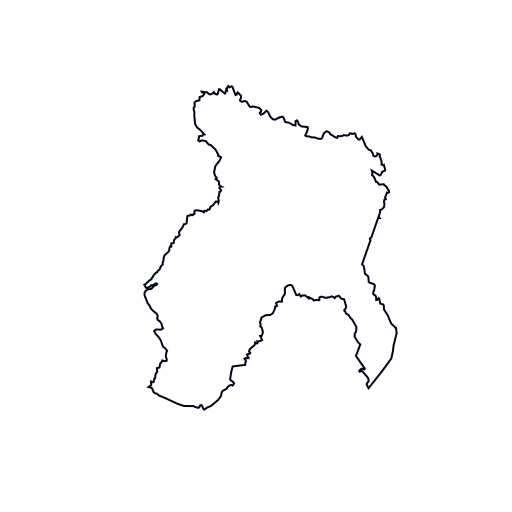 Teotlalco, Puebla, Mexico, rotated 331°
{"feature_id": "50627088B33545228853409", "entity_name": "Teotlalco", "entity_type": "district", "adm_level": 2, "iso_a3": "MEX", "parent_name": "Mexico", "parent_adm1": "Puebla", "projection": "equal_earth", "projection_center": [-98.836, 18.449], "detail": "fine", "context": "isolated", "style": "outline", "palette": "ink", "viewbox_px": 512, "rotation_deg": 331, "n_neighbors": 0, "source": "geoboundaries", "source_scale": "gbopen_adm2", "svg_char_len": 6129}
<svg xmlns="http://www.w3.org/2000/svg" viewBox="0 0 512 512"><g transform="rotate(331 256 256)"><path d="M317.4,96.5L316.8,95.7L314.4,95.6L314.2,93.9L311.1,95.3L311.4,96.0L311.0,97.0L310.8,96.5L309.8,96.8L308.0,98.9L307.4,98.8L305.1,92.5L304.6,92.2L300.8,95.9L300.2,95.9L298.7,94.2L298.7,92.2L296.8,92.8L294.2,92.5L293.4,91.6L292.4,88.8L290.9,88.1L288.1,85.8L288.0,86.2L289.6,88.7L288.8,89.5L286.7,90.3L283.8,89.6L282.0,92.4L278.4,91.5L276.5,92.0L275.0,95.4L273.3,96.2L272.2,98.4L272.1,99.7L269.8,104.0L266.7,111.2L266.8,115.2L268.2,118.2L269.8,124.6L268.6,124.2L267.4,124.9L266.0,124.1L264.1,123.7L263.4,125.0L261.5,126.9L262.2,128.5L264.7,128.6L268.1,131.6L267.9,132.4L268.8,135.8L270.1,136.8L272.2,143.3L272.1,149.1L271.4,149.8L273.3,152.7L270.8,154.7L264.0,157.7L259.8,162.6L259.1,166.2L259.5,168.7L258.0,169.1L259.6,172.6L259.5,173.6L258.3,175.5L258.4,176.7L259.6,178.7L258.1,178.1L256.9,178.7L257.4,181.7L255.6,182.5L255.0,182.3L253.0,185.2L251.3,186.5L249.9,190.1L248.8,191.2L249.0,189.9L247.2,188.9L243.2,190.7L239.7,191.0L239.0,192.0L237.5,192.8L236.4,192.0L234.6,192.7L233.5,191.7L232.5,191.6L232.2,192.4L231.5,192.6L230.2,190.3L225.9,186.9L223.7,186.9L222.7,189.3L221.0,189.1L220.7,189.6L219.9,189.4L218.9,188.1L217.5,188.5L215.9,187.7L215.2,187.9L211.3,193.5L210.0,193.9L208.2,193.3L206.2,195.0L200.2,197.7L199.3,200.8L195.9,201.4L195.0,200.5L194.2,201.5L191.9,202.4L190.6,204.6L190.0,204.7L188.4,203.9L187.7,204.4L186.4,206.7L185.5,206.0L184.0,207.2L182.7,209.2L180.7,210.1L176.2,211.1L173.7,213.6L172.8,215.3L171.4,216.2L170.4,218.2L167.9,218.8L165.2,221.0L162.4,221.6L161.7,222.3L160.6,222.1L158.3,222.8L156.0,223.8L155.5,224.5L154.2,224.7L153.3,225.7L150.4,225.7L149.0,226.4L147.8,226.3L146.7,227.0L144.4,226.9L144.4,230.3L145.4,231.2L149.2,231.3L150.4,230.8L151.0,231.5L155.3,231.4L156.0,232.4L155.2,233.0L152.4,232.7L148.5,234.0L144.9,232.7L142.6,233.0L140.5,234.3L139.4,236.7L138.4,245.1L138.9,248.1L138.6,250.9L139.6,254.6L141.0,257.9L141.2,259.9L140.5,261.6L139.5,262.3L139.0,264.1L140.2,266.4L140.5,269.4L139.7,272.2L139.7,274.2L137.3,274.4L132.9,271.8L130.6,272.2L130.4,275.1L131.6,280.3L131.8,283.8L130.7,290.3L131.9,292.7L132.3,295.8L130.6,297.1L128.4,300.1L127.8,303.4L127.0,304.3L125.0,303.7L123.4,301.9L122.1,303.0L120.1,303.6L117.5,306.7L114.9,306.1L113.5,309.3L111.1,310.5L108.3,314.1L107.3,314.2L105.3,316.6L104.5,316.3L103.3,314.9L101.7,318.1L98.5,318.5L100.7,320.6L101.0,321.8L100.4,325.2L101.1,326.9L102.6,328.6L103.7,331.3L107.5,335.9L115.5,347.0L120.3,352.3L128.7,357.0L129.5,358.6L132.1,360.9L133.0,360.8L134.9,359.6L136.0,359.9L136.2,361.2L135.8,364.2L136.3,365.3L139.3,364.9L144.0,365.3L152.8,363.6L157.1,361.7L160.5,358.2L161.6,357.8L165.9,357.9L166.9,357.1L169.8,356.4L171.7,356.7L172.8,358.0L174.7,357.0L175.2,356.5L174.7,354.5L173.6,352.6L173.7,351.1L178.3,345.2L182.1,341.3L193.8,346.0L194.8,344.3L196.0,343.5L196.4,341.6L196.2,340.2L197.2,340.2L200.0,341.8L200.3,341.4L200.0,339.8L200.4,337.8L203.5,338.4L204.1,337.9L203.6,336.3L204.5,335.1L206.4,334.2L211.7,333.2L213.4,331.2L214.4,333.0L215.5,332.7L215.8,331.2L217.7,332.2L220.6,332.5L220.9,328.0L222.1,328.6L224.2,327.0L225.3,325.6L226.3,321.2L225.6,319.6L226.8,318.2L227.4,315.8L229.7,314.0L230.8,312.5L235.8,312.5L240.0,314.5L242.9,314.2L247.1,311.3L248.3,309.5L250.1,309.9L250.8,306.8L253.9,306.9L256.4,308.5L258.6,305.4L262.8,303.2L265.8,298.0L266.4,297.6L270.0,297.3L272.2,298.0L273.3,299.7L272.3,309.7L273.7,310.5L275.4,310.3L275.5,313.1L277.5,313.1L279.8,314.2L281.4,318.1L281.7,317.2L282.0,317.3L284.7,321.3L284.9,322.9L287.4,323.6L289.7,325.3L290.2,325.1L291.3,323.0L293.6,323.3L296.9,326.6L299.1,327.1L300.3,327.8L302.6,328.0L303.6,329.1L304.4,331.0L305.9,330.2L309.2,330.9L310.0,334.9L312.1,336.5L310.4,343.9L308.8,345.5L307.0,346.1L306.7,346.6L307.2,348.5L306.8,349.9L308.3,352.3L308.5,355.5L309.3,358.4L309.4,366.6L307.9,369.3L306.6,370.8L304.9,371.6L303.1,374.4L303.4,381.0L304.3,384.0L295.0,391.8L296.5,407.2L295.7,407.7L293.9,405.9L293.0,405.8L291.0,406.2L290.4,406.9L290.7,407.5L292.6,407.6L293.1,408.4L294.8,416.3L294.8,417.7L293.9,420.1L291.3,421.1L290.4,422.1L290.4,426.2L310.1,418.0L324.7,411.2L329.7,405.5L333.0,400.9L341.5,391.8L343.6,386.7L342.9,385.9L343.0,385.1L341.5,380.9L342.0,375.1L342.5,372.6L342.0,364.9L343.8,361.2L343.7,360.0L341.6,357.9L343.1,352.8L342.9,352.3L340.7,353.1L339.8,352.8L340.9,350.6L341.3,348.5L340.1,346.5L340.3,345.5L341.8,343.7L342.7,343.3L345.6,339.5L345.7,338.5L344.9,337.0L342.8,334.9L342.0,333.4L344.1,328.9L344.0,327.5L342.7,324.4L345.1,318.1L345.3,316.8L344.7,314.7L363.9,297.6L363.8,296.2L364.1,295.9L366.0,295.6L381.4,281.8L382.6,282.7L382.5,280.8L386.0,277.7L386.8,275.9L388.6,276.2L391.5,275.4L393.7,272.6L393.9,271.1L395.6,269.0L397.1,269.2L397.2,267.5L401.3,264.0L401.8,264.7L403.3,264.7L404.0,263.3L403.6,261.5L403.8,259.4L403.4,257.9L402.5,256.1L402.5,255.1L398.4,253.4L397.9,250.3L396.9,249.5L397.5,244.7L397.3,242.9L396.7,241.6L398.2,239.5L398.7,237.4L403.3,245.6L404.2,245.6L407.3,243.6L410.3,243.8L410.8,243.1L412.0,238.4L411.3,238.5L410.1,236.8L411.0,235.7L411.9,233.2L412.6,228.6L413.5,227.3L412.0,225.3L411.8,225.8L409.8,226.9L408.1,226.5L407.2,225.1L407.9,222.9L407.6,219.0L406.2,217.9L405.2,213.3L406.3,203.2L403.0,204.4L402.2,203.9L401.2,200.4L402.1,197.4L401.7,196.5L399.3,195.9L397.9,194.2L395.7,195.2L394.1,194.9L391.5,192.9L389.0,192.7L385.7,190.8L384.3,192.0L382.7,190.4L381.2,187.3L379.9,185.5L380.1,183.7L378.3,181.1L375.4,181.4L372.8,183.1L371.5,184.6L370.0,185.2L367.4,183.7L364.5,180.5L362.3,179.3L360.3,177.1L357.8,175.5L357.5,174.4L360.6,172.2L363.2,169.6L363.6,168.2L358.6,164.7L357.2,161.8L357.7,159.0L357.7,157.5L357.3,157.1L355.9,157.3L353.8,161.0L352.0,159.5L349.4,155.3L346.5,153.0L347.1,149.3L346.9,147.3L346.4,146.7L343.7,146.4L343.5,146.0L339.0,146.1L337.1,144.7L336.0,141.1L336.3,136.3L336.1,134.8L335.6,134.0L331.4,135.1L328.8,134.8L328.6,133.7L328.9,132.4L330.3,132.3L331.3,131.0L330.7,128.2L326.0,123.8L323.8,123.3L322.9,122.2L322.6,116.4L321.4,115.0L318.6,114.4L317.4,112.8L317.7,111.7L319.4,110.6L320.6,108.6L319.3,104.0L318.1,104.5L317.6,105.4L316.1,105.3L317.4,96.5Z" fill="none" stroke="#020617" stroke-width="2"/></g></svg>